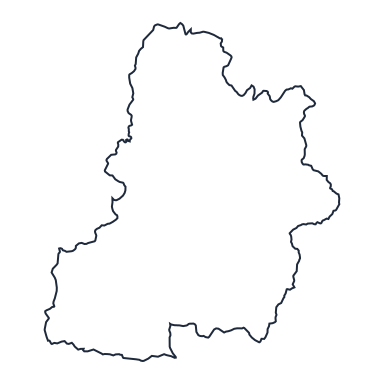 the district of Son Dong, Bắc Giang, Vietnam
{"feature_id": "81297802B10167820950608", "entity_name": "Son Dong", "entity_type": "district", "adm_level": 2, "iso_a3": "VNM", "parent_name": "Vietnam", "parent_adm1": "Bắc Giang", "projection": "robinson", "projection_center": [106.856, 21.328], "detail": "fine", "context": "isolated", "style": "outline", "palette": "slate", "viewbox_px": 384, "rotation_deg": 0, "n_neighbors": 0, "source": "geoboundaries", "source_scale": "gbopen_adm2", "svg_char_len": 5928}
<svg xmlns="http://www.w3.org/2000/svg" viewBox="0 0 384 384"><path d="M338.5,194.4L336.5,193.6L333.6,191.2L332.7,191.0L332.1,189.4L330.2,188.4L330.1,188.0L330.8,186.2L330.8,184.4L330.2,183.3L328.4,182.0L326.7,179.9L326.8,176.0L323.9,176.0L322.7,175.6L321.3,173.8L318.3,171.4L313.6,170.2L312.7,169.3L311.2,165.8L309.0,165.3L308.4,164.8L305.7,164.4L303.4,164.5L302.6,163.7L301.7,162.0L301.6,160.2L301.9,159.6L303.6,158.3L304.5,156.1L304.8,154.5L304.7,149.2L306.2,146.4L306.3,145.2L304.4,138.4L302.0,135.6L302.2,132.3L301.5,130.9L300.4,126.7L300.0,122.7L300.3,121.9L302.6,120.1L304.9,116.4L304.9,115.4L304.3,114.4L303.9,112.8L304.0,111.6L304.4,110.7L306.6,108.7L307.5,108.3L309.4,106.7L312.3,106.4L314.0,105.5L314.6,104.7L315.1,103.4L313.9,101.2L310.8,99.0L309.2,97.2L306.5,95.5L305.2,95.4L304.6,94.3L303.9,90.1L300.8,86.1L298.2,86.6L295.3,86.3L294.4,86.7L292.4,88.7L290.9,88.3L288.4,89.4L286.5,89.6L285.1,90.8L280.8,97.4L278.3,100.2L276.2,101.2L273.7,101.9L272.4,101.5L271.0,100.3L270.2,99.1L269.7,96.2L267.7,93.6L268.0,92.2L267.5,91.5L266.5,91.0L263.5,90.8L263.1,91.0L262.0,92.7L258.0,95.5L255.5,98.7L253.4,99.7L253.2,98.4L253.4,96.7L254.5,93.6L254.6,89.3L253.5,86.6L251.6,85.4L250.1,88.0L247.0,90.2L245.5,93.0L243.6,95.2L242.0,95.9L240.7,95.7L239.3,95.0L238.3,94.2L236.6,91.9L235.2,90.9L231.5,85.5L229.4,85.1L227.3,83.0L226.4,81.7L226.0,80.2L224.6,77.5L222.8,75.0L222.7,72.9L223.6,67.4L224.3,66.8L226.4,66.2L228.1,65.3L231.3,58.3L231.6,57.2L231.3,56.3L230.6,55.5L226.6,52.7L224.1,51.8L223.3,50.9L223.2,47.5L221.4,46.5L221.0,45.9L220.7,43.4L221.9,41.6L222.1,39.4L221.6,39.2L221.2,38.3L219.8,38.3L213.8,34.9L208.8,32.9L204.2,31.8L203.1,31.7L199.7,32.7L197.1,32.9L193.5,33.6L191.9,33.5L190.8,32.4L190.8,29.3L188.3,31.8L186.6,34.2L186.0,34.5L185.5,34.1L183.3,25.7L182.2,24.3L180.3,23.0L179.0,24.2L176.6,27.7L176.0,27.9L173.7,27.8L169.1,28.5L167.9,28.2L164.7,26.7L158.4,24.5L157.4,24.4L155.1,25.3L154.1,26.4L153.2,30.0L143.6,40.1L143.3,41.2L143.0,47.1L140.8,48.9L139.1,50.9L138.2,53.7L136.2,57.4L135.7,64.0L134.9,65.7L135.5,67.6L135.5,68.9L134.0,71.2L131.7,73.1L129.6,74.3L129.2,75.0L129.2,77.7L130.2,83.7L132.4,88.1L133.3,93.4L132.3,97.2L133.2,99.1L133.2,99.7L129.5,104.6L127.6,109.5L127.6,111.0L128.6,113.1L131.2,114.9L131.7,115.8L131.6,117.1L131.0,120.0L131.1,121.2L132.1,124.7L131.4,125.3L129.7,125.8L128.8,126.4L128.4,127.8L128.8,128.9L128.8,131.4L129.2,132.2L128.7,133.8L128.6,135.7L129.1,136.2L130.7,136.7L131.2,137.3L131.3,138.4L130.2,139.5L129.7,140.5L129.7,141.4L128.7,141.1L127.6,139.6L127.1,139.4L126.0,140.1L126.6,141.4L125.7,142.3L125.0,142.3L124.1,141.6L122.9,139.8L121.6,139.7L118.0,142.2L117.8,142.9L118.3,144.6L118.2,146.6L116.0,149.9L115.9,150.7L116.6,152.6L116.3,153.7L115.3,154.4L111.2,154.8L106.9,159.0L106.5,159.9L106.5,160.6L108.1,163.3L108.0,163.9L104.8,170.3L105.0,171.5L109.7,175.3L112.5,175.5L115.3,179.3L118.4,181.3L119.8,182.0L123.0,182.7L123.5,183.2L124.4,185.4L125.5,186.7L125.4,190.4L124.6,193.0L123.0,195.6L119.5,198.7L116.5,200.2L115.2,200.2L114.0,199.9L112.4,198.2L112.5,202.3L111.9,206.7L112.4,209.0L113.1,211.2L115.6,214.4L117.0,215.2L117.4,216.3L117.4,218.2L115.9,219.7L112.7,221.9L109.6,223.6L107.7,223.8L104.4,225.5L101.7,225.3L99.5,227.7L97.0,228.8L95.5,230.0L95.0,231.2L95.2,232.7L96.2,235.1L96.3,235.8L95.3,240.5L94.6,241.3L88.2,243.0L86.4,243.9L84.5,244.0L81.7,242.9L78.9,243.4L75.9,245.9L75.8,248.0L75.2,249.1L73.3,250.6L71.8,251.2L66.5,251.8L64.8,250.8L62.9,250.3L62.0,248.8L61.4,248.5L60.3,248.2L59.1,248.5L59.9,251.5L59.7,252.4L58.7,253.4L58.4,254.1L57.6,263.4L56.6,264.8L52.8,268.7L51.6,272.5L54.8,277.7L55.8,280.2L56.8,287.6L56.7,291.0L54.8,298.4L53.6,301.5L53.3,303.4L54.3,306.3L53.9,306.8L52.3,306.9L49.8,308.9L46.5,310.3L45.2,311.2L45.2,312.2L45.7,313.6L48.8,317.9L48.8,318.5L46.1,322.1L44.7,329.2L44.7,330.2L46.6,336.9L48.0,340.7L48.8,340.5L49.6,340.8L51.1,343.5L51.9,344.0L54.3,342.9L57.3,343.4L61.6,341.6L64.6,341.1L66.9,343.6L68.8,343.9L71.8,342.8L73.5,344.6L74.7,346.5L78.2,349.6L80.5,348.9L83.6,348.8L83.1,350.1L84.2,351.3L87.8,351.3L93.5,349.5L101.7,353.6L102.8,354.4L104.7,354.0L107.5,354.1L109.9,354.3L113.3,355.4L115.7,354.4L119.2,354.2L120.0,354.7L121.9,354.9L123.0,357.6L123.5,358.0L136.1,359.3L139.4,359.8L141.0,360.7L142.8,361.0L143.9,360.8L148.3,358.6L151.8,355.9L158.0,356.7L164.1,354.2L166.5,355.1L171.2,356.2L174.7,357.8L175.8,357.6L175.7,356.9L172.8,353.3L170.1,348.0L169.7,346.7L169.6,337.4L170.4,335.5L170.4,334.1L170.2,332.7L169.4,330.9L169.2,329.7L170.4,325.8L170.1,323.8L171.2,324.5L174.4,325.2L179.6,325.4L183.2,326.1L186.5,325.5L187.4,325.1L188.6,324.0L189.7,323.7L193.6,323.6L195.0,324.4L195.8,325.5L196.4,331.9L198.4,335.2L200.2,336.0L202.2,336.2L203.6,335.9L205.6,337.1L208.2,337.6L209.2,336.8L214.1,329.5L216.1,328.4L218.5,328.7L224.1,332.5L226.0,331.6L228.4,331.2L231.2,330.3L234.2,328.8L237.2,328.3L242.1,328.4L243.5,327.7L244.3,328.0L248.6,332.4L249.1,333.0L249.4,334.6L251.8,337.5L255.0,340.1L259.2,342.3L259.6,342.2L260.4,341.5L261.5,338.8L264.2,338.9L265.4,337.3L267.5,332.6L267.6,329.1L269.0,326.2L269.4,323.6L272.6,323.2L274.9,322.2L275.8,321.3L275.5,318.2L275.6,317.0L276.5,314.9L275.8,312.6L276.3,307.2L278.4,304.4L281.2,303.0L283.5,298.1L284.3,297.2L284.3,295.6L285.6,293.5L286.7,289.3L287.2,289.1L290.0,289.7L292.1,288.3L294.4,287.4L292.7,284.3L294.2,281.0L294.2,280.1L293.3,276.7L293.4,275.6L296.7,271.2L297.1,264.4L299.2,260.7L299.3,259.8L300.0,258.5L300.0,257.4L299.6,254.6L298.7,252.5L298.7,250.6L297.3,248.9L295.2,248.7L292.6,246.2L291.9,243.5L291.0,241.9L291.5,239.6L291.2,236.5L290.7,235.0L289.7,233.6L289.7,233.2L293.2,229.6L296.4,228.0L298.1,226.0L300.9,225.1L302.0,224.4L303.5,224.1L306.2,224.5L307.7,223.6L312.3,223.3L314.2,224.2L315.6,224.3L316.6,222.8L317.4,222.2L319.9,223.3L320.8,223.4L321.5,222.8L322.1,221.3L323.0,220.4L323.8,220.2L326.6,218.6L328.4,219.0L329.6,216.6L332.3,214.1L333.5,210.8L335.5,210.4L336.2,209.8L339.3,204.2L339.0,202.5L339.3,198.3L338.5,194.4Z" fill="none" stroke="#1e293b" stroke-width="2"/></svg>